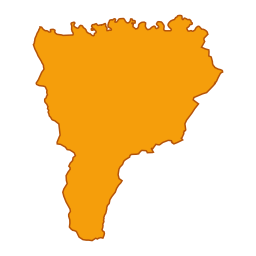 outline of Almas, Arad, Romania
{"feature_id": "2599482B18318640394861", "entity_name": "Almas", "entity_type": "district", "adm_level": 2, "iso_a3": "ROU", "parent_name": "Romania", "parent_adm1": "Arad", "projection": "mercator", "projection_center": [22.225, 46.251], "detail": "fine", "context": "isolated", "style": "filled", "palette": "amber", "viewbox_px": 256, "rotation_deg": 0, "n_neighbors": 0, "source": "geoboundaries", "source_scale": "gbopen_adm2", "svg_char_len": 5567}
<svg xmlns="http://www.w3.org/2000/svg" viewBox="0 0 256 256"><path d="M102.9,238.1L104.0,235.4L104.4,233.5L104.1,231.9L102.7,230.9L102.0,229.7L102.7,227.7L103.0,225.6L102.8,224.7L103.0,223.5L103.6,222.4L103.9,221.2L103.5,220.2L104.0,218.4L103.7,217.8L104.8,214.6L105.6,213.6L106.1,211.9L106.3,210.8L106.7,209.2L106.7,207.6L107.4,205.5L109.2,203.4L109.9,199.7L111.8,196.6L115.3,192.1L116.6,188.4L118.6,185.2L120.8,182.8L122.1,180.7L119.1,178.6L118.1,174.6L118.9,169.3L120.0,167.1L122.5,164.5L123.8,161.2L125.4,159.7L129.6,157.1L130.0,155.4L131.5,154.4L136.6,154.2L138.7,153.8L139.3,152.7L141.5,150.5L142.2,150.4L146.0,150.7L146.8,151.5L147.3,152.7L152.5,152.5L153.4,152.2L151.4,148.8L151.6,148.4L152.2,148.4L152.6,148.9L155.9,144.3L158.3,144.8L159.6,144.8L162.9,142.4L168.1,140.4L168.9,140.4L171.4,140.7L171.6,142.1L172.4,142.3L172.3,142.9L173.9,143.9L177.1,142.6L182.7,139.9L181.3,138.2L181.9,137.8L183.8,133.7L183.6,132.2L184.3,131.6L184.4,130.7L185.4,130.6L185.7,129.7L184.9,123.8L186.6,120.1L191.8,113.2L194.7,108.7L198.5,103.9L193.2,99.9L193.9,97.5L202.6,93.8L206.6,92.6L212.9,86.1L215.0,83.7L214.6,83.4L215.2,82.4L215.5,82.6L216.6,81.1L218.1,77.7L220.4,73.4L221.9,72.3L222.6,72.1L222.5,71.0L222.1,70.4L220.6,69.7L218.2,69.1L214.7,67.4L214.6,66.9L213.4,65.6L212.8,64.5L212.5,63.3L212.4,61.6L211.2,57.0L208.8,55.9L209.0,51.7L208.8,49.9L205.3,48.9L201.5,47.2L204.7,41.5L204.0,40.1L203.9,39.3L204.1,38.1L207.9,34.2L207.6,33.7L207.3,32.2L206.3,31.0L204.6,29.8L202.9,29.2L201.7,29.2L199.3,26.5L198.6,26.3L198.0,26.3L196.5,27.3L195.7,28.3L194.8,30.1L193.0,31.2L192.1,31.2L191.5,30.7L191.0,30.6L188.9,31.2L187.8,30.7L186.9,28.9L186.9,28.2L187.3,27.7L188.1,27.2L189.2,26.1L190.0,24.6L191.3,24.5L192.1,24.1L192.3,23.7L192.2,22.9L191.3,22.1L191.0,21.4L190.9,20.7L189.6,19.5L187.7,19.6L186.7,19.1L186.3,18.8L184.7,18.1L184.1,18.2L183.3,19.4L183.0,19.6L182.5,19.4L182.1,18.8L182.0,16.8L181.6,15.7L180.0,15.4L178.3,15.6L177.6,15.9L176.9,17.0L175.6,17.6L175.1,18.6L174.2,19.6L172.5,20.1L170.7,21.0L169.2,22.4L168.1,24.2L168.0,25.2L168.8,26.7L169.9,27.9L170.9,28.8L171.3,29.4L171.0,30.4L170.6,30.7L169.9,30.8L165.7,30.8L164.7,30.6L164.2,30.3L163.7,29.2L164.0,27.6L164.1,26.1L163.8,25.1L162.1,22.7L161.3,22.0L159.3,21.7L158.1,21.7L157.3,22.3L156.5,23.8L156.7,24.6L158.3,26.0L158.6,26.5L158.6,27.4L158.3,27.7L156.9,28.5L156.2,28.5L155.4,27.8L155.3,27.6L155.4,27.3L155.1,26.6L154.5,26.2L153.7,26.2L152.1,27.0L150.8,28.1L149.8,29.2L147.9,29.6L147.4,29.5L147.1,29.2L146.1,28.0L145.4,26.5L145.4,25.1L145.6,24.0L145.6,22.9L144.1,22.1L142.0,22.3L141.2,22.6L139.5,23.7L138.6,25.0L138.6,26.3L138.1,27.6L137.2,28.6L135.6,28.9L133.0,26.7L132.9,26.2L133.3,24.3L133.0,23.9L132.2,23.8L131.8,23.3L131.9,23.0L132.7,22.9L133.3,23.3L135.1,23.0L135.2,21.5L134.9,20.7L133.5,20.4L132.8,20.7L132.6,20.5L132.4,19.7L132.0,19.0L130.9,18.9L130.6,19.0L130.5,19.3L130.4,20.5L129.5,22.1L128.1,22.9L127.4,22.9L126.7,22.6L125.5,21.4L124.5,19.5L123.7,18.6L123.2,18.5L120.1,18.7L119.4,18.9L118.7,19.3L117.6,21.0L116.7,22.0L116.0,22.2L115.1,22.1L114.9,21.7L115.6,19.7L115.4,19.1L114.6,18.8L114.3,18.8L113.3,19.3L112.7,19.9L111.2,19.8L110.0,20.1L109.4,20.9L109.2,21.8L108.5,22.9L108.3,24.0L108.0,25.0L108.0,26.1L108.4,27.0L110.8,28.5L111.2,29.0L111.4,29.4L111.3,30.0L110.6,30.3L109.7,30.1L108.1,30.6L107.0,30.6L106.8,29.7L107.0,28.0L106.5,27.2L105.6,26.2L105.8,25.2L105.6,24.3L105.3,23.6L104.4,23.7L103.9,24.0L103.8,24.4L101.8,24.7L101.8,24.9L101.6,25.2L100.3,24.9L98.7,25.4L97.5,25.2L96.7,24.1L96.2,23.7L94.8,24.1L94.2,24.6L93.4,24.5L92.5,24.7L91.9,25.3L91.7,25.8L91.6,26.2L91.7,26.6L92.6,27.6L92.6,27.8L91.3,28.8L91.3,29.7L91.4,30.0L92.0,30.3L93.0,30.2L93.2,29.8L93.2,29.2L93.5,28.9L93.8,28.9L94.4,29.3L94.5,29.7L95.8,31.0L96.1,31.5L96.2,31.8L96.1,32.3L95.8,32.8L94.6,33.4L94.3,34.0L94.3,34.9L93.8,35.6L93.3,35.8L92.0,35.4L90.0,33.6L89.3,33.6L87.7,32.7L86.9,32.0L86.2,30.7L86.0,29.9L85.4,29.1L84.3,28.2L83.4,27.7L82.7,26.3L81.9,25.6L80.5,25.4L79.5,26.1L78.7,27.6L78.3,28.0L77.2,28.2L75.0,27.0L74.0,26.0L73.9,25.2L74.1,24.3L74.9,23.1L74.5,22.4L73.9,22.2L72.1,22.7L71.4,23.0L71.1,23.4L71.2,24.6L71.6,25.4L71.7,26.2L71.6,29.5L71.9,30.3L72.0,31.1L73.0,32.7L73.2,33.5L73.1,34.7L72.6,35.0L63.3,35.4L62.5,35.3L62.0,35.0L57.1,34.3L55.6,33.3L55.1,32.6L54.8,32.2L54.7,31.5L55.0,30.9L54.9,30.2L53.9,29.6L53.1,29.3L50.9,29.5L50.5,29.7L50.3,30.1L50.7,30.9L50.7,31.7L49.7,32.1L48.8,31.9L47.6,31.0L46.4,30.7L45.2,30.7L43.3,29.4L41.6,27.2L40.0,26.9L40.0,27.7L38.8,29.9L38.6,30.7L37.1,33.3L36.0,36.3L35.6,37.0L35.0,38.5L34.6,41.4L34.3,42.1L34.4,43.0L33.6,44.4L33.4,44.6L34.8,48.8L37.0,53.2L38.0,55.7L41.2,61.0L42.2,63.2L42.8,64.0L43.5,65.6L43.5,66.9L44.0,69.0L43.2,70.3L41.7,72.3L38.4,79.7L36.2,83.1L36.6,84.4L39.2,85.6L43.5,86.1L45.2,86.8L45.5,87.3L47.0,90.5L46.7,92.1L47.2,94.3L47.5,94.9L46.5,96.2L46.3,97.5L45.9,98.1L45.1,98.6L44.7,99.5L44.7,101.1L45.1,102.3L46.7,104.1L47.3,105.1L47.4,105.8L48.0,106.5L47.5,108.7L48.2,109.4L48.7,110.3L48.5,111.1L48.1,112.1L48.9,114.0L49.3,115.9L50.4,117.0L52.0,119.6L53.1,120.2L54.7,120.7L58.9,124.0L59.1,126.3L60.1,135.1L59.2,137.0L57.1,142.2L57.2,143.9L60.7,144.4L65.4,147.1L67.2,149.6L69.9,150.0L72.3,151.5L74.2,152.8L75.4,155.7L73.1,157.6L72.6,160.6L70.2,163.2L68.8,166.2L70.0,167.5L70.2,169.2L68.1,172.0L66.1,175.7L66.4,180.5L67.2,183.6L63.9,188.9L62.8,192.2L63.8,196.2L66.1,202.0L70.0,209.0L70.4,211.4L68.7,214.3L68.7,216.3L69.8,219.9L69.9,223.2L69.4,227.0L70.9,228.9L72.7,230.3L74.0,230.5L75.9,231.2L76.7,232.1L79.1,237.1L82.9,239.6L86.1,240.1L88.6,240.1L92.1,240.6L95.6,238.3L97.5,239.0L98.6,238.2L100.7,237.6L102.9,238.1Z" fill="#f59e0b" stroke="#b45309" stroke-width="1.5"/></svg>